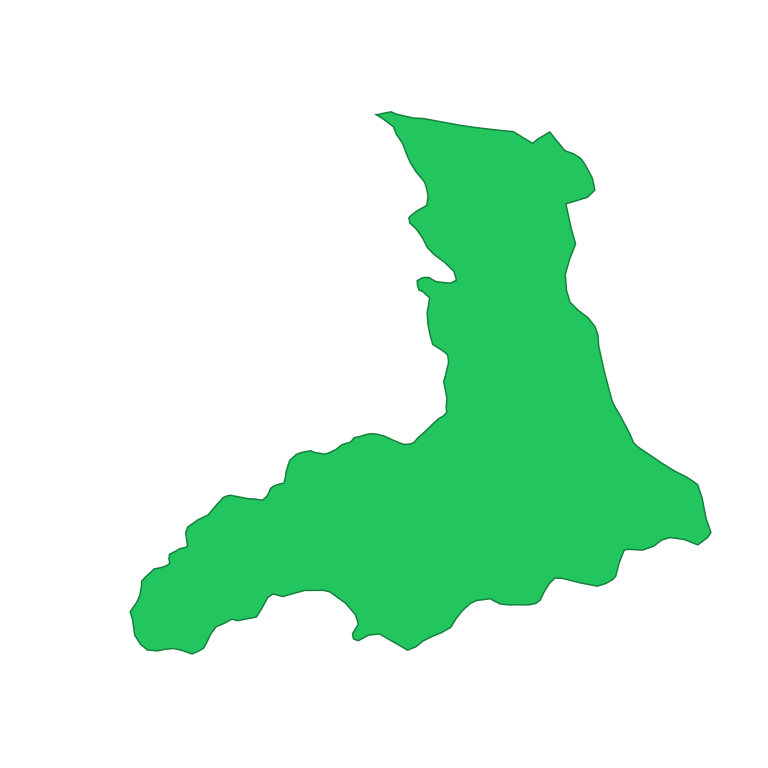 the district of Panjwin, As-Sulaymaniyah, Iraq, rotated 169°
{"feature_id": "34846034B29141080711053", "entity_name": "Panjwin", "entity_type": "district", "adm_level": 2, "iso_a3": "IRQ", "parent_name": "Iraq", "parent_adm1": "As-Sulaymaniyah", "projection": "robinson", "projection_center": [46.048, 35.647], "detail": "fine", "context": "isolated", "style": "filled", "palette": "green", "viewbox_px": 768, "rotation_deg": 169, "n_neighbors": 0, "source": "geoboundaries", "source_scale": "gbopen_adm2", "svg_char_len": 3188}
<svg xmlns="http://www.w3.org/2000/svg" viewBox="0 0 768 768"><g transform="rotate(169 384 384)"><path d="M340.3,649.8L335.3,645.5L325.7,634.8L324.2,626.8L319.7,616.2L318.2,606.4L316.0,596.6L312.3,586.8L305.6,574.4L304.9,568.1L304.9,560.1L307.9,551.2L318.3,547.7L324.2,545.0L327.9,542.4L327.9,537.0L322.7,529.9L318.3,520.1L315.3,509.5L310.1,501.5L301.2,491.7L293.8,481.0L293.1,472.1L299.7,470.3L305.7,472.1L313.8,474.8L319.7,480.1L325.7,481.0L331.6,479.2L332.3,474.8L331.6,469.4L328.6,467.7L322.7,459.7L323.5,457.9L325.7,451.7L327.9,446.3L329.4,434.8L329.4,422.3L328.6,413.4L322.7,408.1L316.8,401.9L316.1,400.1L316.1,395.6L316.8,392.1L320.5,384.1L322.0,380.5L324.9,375.2L324.9,371.6L324.9,363.6L325.0,357.4L327.2,350.3L327.9,344.1L331.6,341.4L336.8,339.6L342.7,336.1L350.9,330.7L361.2,324.5L365.7,320.9L370.1,320.1L376.1,320.9L380.5,323.6L387.2,328.1L393.1,332.5L400.5,336.1L406.4,337.8L411.6,337.8L418.3,337.0L423.4,337.0L427.9,333.4L436.8,332.5L443.4,329.0L450.1,327.2L455.3,326.3L459.7,328.1L464.9,329.8L468.6,332.5L472.3,332.5L476.0,332.5L478.3,332.5L483.4,331.6L486.4,329.8L490.8,327.2L493.1,323.6L496.8,316.5L498.2,312.1L501.2,305.8L504.9,305.8L511.6,304.9L515.3,303.2L518.2,298.7L520.4,296.1L524.9,293.4L526.4,293.4L533.8,296.1L538.2,296.9L544.9,299.6L556.0,304.1L559.0,304.1L563.4,303.2L570.8,297.8L581.9,288.9L592.3,286.3L604.1,280.9L607.1,275.6L607.8,262.3L610.7,261.4L615.9,261.4L620.4,259.6L627.0,257.8L628.5,253.4L628.5,248.9L632.2,247.1L638.1,246.3L644.8,246.3L655.1,240.0L659.6,236.5L660.3,232.9L664.0,223.1L668.4,216.9L676.6,208.9L675.8,200.9L676.6,184.9L672.8,175.1L666.9,168.0L657.3,165.3L649.1,165.3L641.0,164.5L632.9,160.9L624.0,155.6L616.6,157.3L611.4,159.1L607.0,164.5L601.8,171.6L595.1,177.8L586.3,179.6L578.1,182.2L572.9,179.6L564.0,179.6L553.7,179.6L547.8,185.8L538.9,196.5L533.0,199.1L524.1,194.7L513.0,195.6L501.1,196.5L482.6,192.9L476.7,190.2L463.4,176.0L456.0,162.7L455.2,156.5L455.2,152.9L462.6,144.9L462.6,139.6L458.2,136.9L447.1,140.4L436.0,139.6L430.1,134.2L419.7,125.3L411.6,118.2L402.7,120.0L394.5,124.4L384.2,127.1L375.3,128.9L364.9,132.4L357.5,140.4L350.1,146.7L341.3,152.0L334.6,153.8L320.5,152.9L317.6,150.2L311.7,145.8L302.8,143.1L296.9,142.2L284.3,139.6L276.9,139.6L271.7,142.2L267.3,148.4L259.9,156.5L253.2,160.9L245.8,159.1L228.8,151.1L213.2,144.9L204.4,145.8L196.9,148.4L193.2,151.1L187.3,163.6L179.9,175.1L175.5,175.1L162.1,171.6L150.3,173.3L141.4,177.8L132.5,178.7L119.2,174.2L106.6,166.2L95.5,171.6L91.4,176.0L93.5,190.7L93.5,198.6L93.5,211.3L94.0,215.5L95.4,225.6L104.0,234.3L115.2,243.0L126.4,253.3L134.3,261.3L146.9,273.9L150.2,278.7L152.2,288.2L158.7,309.6L161.4,316.8L163.3,323.9L164.0,333.4L164.9,347.6L165.3,353.2L166.0,380.2L164.6,391.3L165.9,400.0L171.2,410.3L179.1,419.0L185.7,428.6L187.0,441.2L185.1,457.1L177.8,471.4L169.2,484.9L170.5,500.7L171.1,526.1L148.7,528.5L140.1,534.0L140.1,545.9L142.7,554.6L145.3,562.6L148.0,568.1L153.9,573.7L161.8,578.4L164.5,583.2L170.4,594.3L173.1,599.8L186.3,595.1L192.2,591.9L200.2,599.0L208.8,607.0L224.6,611.7L247.1,618.9L260.3,623.6L271.8,628.1L278.8,630.8L294.7,637.1L304.6,639.5L320.5,646.6L325.1,649.8L334.3,649.8L340.3,649.8Z" fill="#22c55e" stroke="#15803d" stroke-width="1.5"/></g></svg>